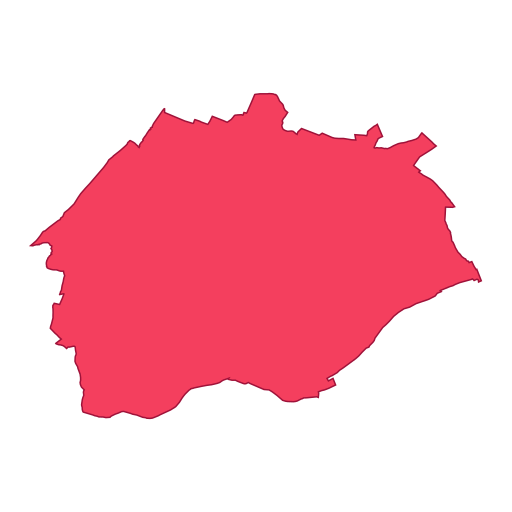 outline of Pauca, Sibiu, Romania
{"feature_id": "2599482B16089648797059", "entity_name": "Pauca", "entity_type": "district", "adm_level": 2, "iso_a3": "ROU", "parent_name": "Romania", "parent_adm1": "Sibiu", "projection": "natural_earth1", "projection_center": [23.909, 46.005], "detail": "fine", "context": "isolated", "style": "filled", "palette": "rose", "viewbox_px": 512, "rotation_deg": 0, "n_neighbors": 0, "source": "geoboundaries", "source_scale": "gbopen_adm2", "svg_char_len": 5938}
<svg xmlns="http://www.w3.org/2000/svg" viewBox="0 0 512 512"><path d="M282.6,400.3L285.6,401.2L287.7,401.5L293.3,401.7L295.2,401.5L297.2,401.0L301.1,399.0L302.5,398.6L303.7,397.9L306.5,397.8L316.7,396.8L318.3,397.4L318.7,393.7L318.4,391.8L321.6,390.6L324.5,389.9L328.7,388.3L335.6,385.0L333.0,378.4L328.4,380.9L327.0,378.4L330.5,376.3L332.0,375.7L337.2,372.6L339.5,370.3L343.0,368.0L355.6,358.7L358.7,356.0L362.2,352.1L366.2,348.1L368.9,347.1L369.5,345.8L370.0,345.2L372.9,342.3L374.2,340.5L375.0,338.1L382.7,327.5L385.9,324.7L389.4,321.2L393.7,316.3L398.3,312.5L403.9,308.8L409.7,307.1L416.1,303.6L428.7,299.3L435.3,295.9L437.2,293.3L441.3,291.6L440.3,290.5L449.8,286.6L452.9,285.7L455.3,284.4L459.8,282.6L471.5,279.4L472.3,278.9L473.4,279.6L474.1,280.5L476.8,279.3L477.6,279.4L478.3,280.0L478.6,282.0L481.3,280.8L476.8,269.3L476.1,269.6L475.8,269.1L474.1,266.4L471.8,261.6L469.1,262.6L468.4,261.2L467.3,261.1L466.3,260.2L465.6,259.0L464.3,258.4L461.8,256.6L460.2,254.4L457.9,252.1L455.3,247.6L454.6,245.7L453.0,242.2L452.2,241.5L451.7,240.6L451.3,237.1L450.8,234.6L450.4,233.7L450.6,233.1L450.5,232.4L449.7,230.8L448.3,229.3L447.5,227.9L447.0,225.5L446.0,223.6L445.9,222.9L444.8,220.5L445.2,214.2L445.5,207.9L445.5,207.2L445.8,207.1L452.6,207.3L454.6,206.7L451.7,202.7L450.6,201.7L449.9,200.2L446.3,196.3L445.0,194.2L443.7,192.6L438.7,187.3L436.9,185.1L432.7,180.8L430.2,179.0L423.1,175.2L421.3,173.8L419.4,172.6L418.8,172.2L419.6,171.3L420.3,170.8L413.6,165.6L413.9,165.0L419.6,156.9L431.8,149.2L436.2,146.0L433.7,143.9L431.9,142.0L422.0,133.0L421.9,132.9L421.4,133.4L418.4,137.6L416.1,139.1L411.8,140.5L408.0,141.4L406.6,142.0L403.3,142.8L401.1,143.0L398.2,143.7L393.6,145.7L390.2,147.6L387.5,148.7L385.3,148.4L384.6,148.6L381.4,147.8L378.9,148.0L376.7,147.6L375.1,148.1L374.1,147.7L374.4,146.6L375.2,145.1L376.0,142.8L377.2,140.9L377.9,139.0L379.2,138.0L382.5,136.5L377.3,124.3L375.7,125.5L374.2,126.2L369.1,130.2L367.9,131.3L367.6,131.9L367.5,133.8L366.7,135.7L364.2,135.3L354.9,134.7L355.8,140.0L351.7,139.8L343.6,138.5L338.9,138.5L334.7,138.2L332.1,137.5L322.2,133.2L319.2,135.3L301.5,128.5L298.0,131.9L297.6,132.6L297.1,134.4L295.4,133.4L294.9,132.7L293.0,131.3L291.4,131.0L287.9,131.3L286.9,131.1L284.7,130.3L283.2,129.3L282.7,128.6L282.1,127.0L281.8,125.7L282.0,124.6L282.6,123.7L282.7,123.2L282.8,122.2L282.3,121.9L282.3,120.5L283.5,118.4L285.1,116.5L287.7,112.4L285.3,110.4L284.8,109.7L283.8,107.7L283.2,105.2L282.5,104.1L279.6,101.1L277.5,96.6L276.6,95.3L275.7,94.6L275.5,94.8L273.1,93.9L271.1,93.7L269.1,93.6L267.5,93.8L260.0,93.8L255.0,94.4L254.7,94.6L251.5,102.2L246.9,112.7L246.5,113.1L244.0,112.5L243.5,113.5L243.3,114.7L242.9,115.1L242.3,115.1L241.9,114.8L241.4,114.7L237.8,114.9L235.0,115.2L234.2,115.8L233.1,117.3L231.2,119.5L227.2,122.3L223.3,120.6L212.3,116.3L209.9,121.2L207.8,124.4L201.4,122.1L199.7,121.2L194.9,119.6L194.5,120.2L193.5,123.1L193.0,123.4L191.8,123.1L184.8,121.0L164.6,112.5L164.6,109.0L164.6,108.8L164.3,108.7L163.9,109.0L162.7,110.5L153.7,123.4L152.5,125.8L152.3,127.2L151.4,127.3L150.9,127.9L150.6,128.0L150.8,129.0L150.3,129.1L150.0,129.7L149.8,129.4L149.6,129.5L147.2,133.0L145.9,135.2L145.3,135.9L145.2,136.3L144.6,136.7L144.4,137.3L143.9,137.8L143.1,139.0L142.8,139.8L143.2,140.3L142.1,141.8L141.6,142.0L140.9,142.9L139.7,144.6L139.6,145.2L139.7,146.3L139.1,147.5L138.1,146.7L137.8,145.7L136.9,145.3L134.8,143.2L133.3,142.2L130.5,140.7L130.1,140.6L129.5,140.8L129.2,141.5L128.4,142.0L127.9,142.5L127.6,143.0L127.2,144.1L125.8,145.6L120.4,150.4L114.2,155.3L113.3,156.0L112.9,156.6L108.9,159.8L107.2,162.7L103.6,167.5L89.5,183.9L85.3,188.4L80.7,193.7L78.3,197.2L74.1,203.9L68.3,209.6L64.4,212.7L62.8,216.6L60.8,218.0L60.6,218.2L60.3,219.5L57.9,220.8L49.3,227.3L45.2,230.8L43.5,231.4L43.1,231.7L42.4,232.5L40.3,235.7L37.5,239.3L36.1,240.9L30.7,245.6L32.9,245.8L34.2,245.2L36.7,244.7L37.5,244.8L37.9,244.6L39.0,244.7L39.0,244.3L40.9,243.9L42.1,243.1L43.9,242.7L47.6,242.6L48.6,243.0L49.9,244.5L50.2,245.3L51.7,245.8L51.8,246.2L51.6,247.1L51.6,247.7L51.0,248.4L51.0,248.7L51.7,249.3L52.2,251.4L51.9,251.9L51.3,252.4L51.1,252.9L51.1,253.5L51.7,253.9L51.7,254.2L50.9,254.4L50.5,255.4L49.5,255.9L49.0,256.8L47.8,258.2L47.7,258.9L46.9,260.4L46.4,262.3L46.3,264.0L46.6,265.3L46.5,266.2L46.9,266.7L47.0,267.5L47.3,267.9L48.7,268.6L51.1,269.4L53.1,269.8L56.7,269.9L59.5,270.9L60.9,271.2L63.5,271.2L63.7,272.6L64.7,275.9L64.2,276.9L63.7,278.7L63.2,281.7L62.1,285.7L61.4,290.3L60.5,291.8L60.2,293.2L59.6,294.4L59.7,294.6L62.7,293.9L63.8,293.8L63.9,294.0L62.2,298.6L59.6,304.5L54.2,303.3L53.5,304.7L52.9,305.3L52.8,307.3L53.0,308.7L53.1,312.4L53.0,315.4L53.0,318.0L51.4,324.3L50.7,326.2L50.3,328.3L55.1,333.3L56.9,334.8L59.3,337.4L61.3,339.1L56.0,343.2L55.8,343.4L56.1,343.8L58.6,344.7L60.6,344.9L63.0,345.6L64.4,346.5L66.6,348.5L68.1,347.0L69.4,347.1L73.5,346.2L74.4,346.3L75.2,347.0L75.5,350.1L76.2,353.5L76.0,354.8L75.5,355.8L75.2,357.0L75.0,361.3L75.7,363.4L77.6,366.7L78.0,368.5L80.1,374.1L80.6,377.6L80.6,380.3L80.1,382.5L80.4,384.5L81.0,386.0L81.5,387.1L84.2,389.8L83.7,390.8L83.4,392.2L83.7,394.6L83.7,395.6L82.9,397.5L82.3,399.7L81.6,404.7L81.7,405.6L82.2,407.4L82.3,409.7L82.9,411.6L83.3,412.1L92.7,414.9L94.7,415.7L97.1,416.2L98.9,416.9L103.1,417.0L105.9,417.6L110.0,417.3L110.7,416.5L111.8,415.8L115.3,414.1L118.2,413.1L121.6,411.6L123.6,411.4L130.3,413.3L132.7,414.2L136.7,415.0L142.7,417.3L145.6,417.7L146.7,418.2L149.9,418.4L152.3,418.1L153.7,417.6L158.2,415.8L160.2,414.7L169.1,410.6L170.6,409.9L175.5,406.8L176.0,406.3L179.4,402.3L181.9,398.3L183.4,396.2L185.1,394.1L187.8,391.4L189.1,390.1L190.8,389.0L190.8,388.8L191.7,388.5L192.7,388.4L194.1,387.9L202.1,386.2L207.0,385.3L211.6,384.7L217.1,383.4L219.7,382.5L222.1,380.8L223.6,380.0L228.6,378.3L228.0,379.1L228.2,379.3L232.0,380.2L235.4,380.2L237.6,381.3L243.3,383.5L244.5,383.8L245.9,383.7L248.3,382.5L250.1,383.5L264.0,389.5L269.1,389.9L272.2,391.8L277.0,395.4L282.6,400.3Z" fill="#f43f5e" stroke="#9f1239" stroke-width="1.5"/></svg>